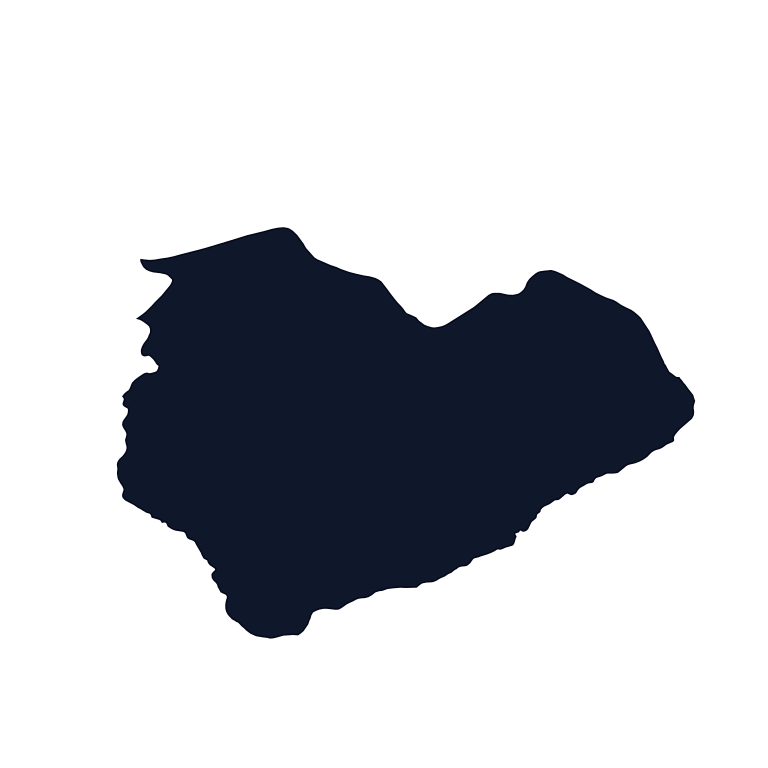 Buenavista, Quindío, Colombia (Equal Earth projection), rotated 69°
{"feature_id": "7082276B42477107224042", "entity_name": "Buenavista", "entity_type": "district", "adm_level": 2, "iso_a3": "COL", "parent_name": "Colombia", "parent_adm1": "Quindío", "projection": "equal_earth", "projection_center": [-75.74, 4.37], "detail": "fine", "context": "isolated", "style": "filled", "palette": "ink", "viewbox_px": 768, "rotation_deg": 69, "n_neighbors": 0, "source": "geoboundaries", "source_scale": "gbopen_adm2", "svg_char_len": 6170}
<svg xmlns="http://www.w3.org/2000/svg" viewBox="0 0 768 768"><g transform="rotate(69 384 384)"><path d="M511.1,100.3L509.1,100.3L505.1,100.0L496.3,102.7L495.9,102.7L493.0,103.5L490.1,104.6L487.9,105.1L484.4,106.4L484.0,106.3L482.7,109.0L482.2,109.4L476.9,112.7L475.3,113.9L470.7,114.6L467.3,114.9L467.3,115.5L463.1,115.4L458.1,115.9L448.1,116.4L442.5,117.0L434.2,117.5L429.8,117.9L414.5,121.2L411.0,122.8L406.2,125.5L403.7,127.3L399.5,131.3L395.8,134.6L390.8,138.1L388.4,140.1L383.4,146.1L378.6,150.8L374.5,154.5L370.2,157.6L360.5,165.8L350.2,175.3L346.4,178.1L342.2,182.3L340.1,184.6L338.1,187.5L336.2,194.5L335.3,198.6L335.4,200.7L335.9,203.2L337.4,207.5L338.7,210.5L340.9,213.7L344.6,217.0L346.7,220.0L347.9,223.1L348.5,225.6L348.4,227.9L347.6,232.2L345.6,236.7L341.2,243.4L339.3,248.1L338.6,250.8L339.0,254.4L343.9,268.9L345.1,272.7L351.0,302.6L351.5,306.0L351.5,309.3L350.7,314.2L349.9,317.2L348.8,319.4L346.0,323.1L343.5,325.7L337.8,329.3L333.7,330.7L329.7,334.6L326.6,337.9L324.9,338.7L321.2,339.6L317.9,340.7L313.2,342.7L308.7,344.2L300.7,346.6L296.1,347.8L287.8,350.3L285.0,352.2L282.5,354.5L279.0,359.2L275.9,364.6L271.7,370.9L267.5,376.8L261.8,383.5L258.5,386.7L254.3,391.8L244.0,402.3L241.1,404.3L230.1,408.5L227.3,409.1L224.6,409.4L214.1,412.3L208.9,414.7L206.0,416.7L204.6,418.1L202.4,421.7L200.8,427.1L199.8,432.8L198.9,442.0L196.8,458.0L195.6,476.2L193.7,501.7L193.0,508.7L190.9,526.3L190.1,534.8L189.1,541.1L187.5,548.0L186.5,553.3L184.9,558.6L182.4,563.6L180.9,566.3L182.5,566.8L185.3,566.6L188.3,566.2L191.6,564.6L194.1,562.2L196.5,559.0L199.8,552.7L202.7,548.3L204.0,546.9L205.8,545.8L210.2,543.8L211.2,543.9L212.3,544.4L214.1,546.0L215.8,548.1L222.3,559.6L226.2,568.4L228.6,573.1L231.6,580.0L233.0,584.2L234.6,590.5L236.1,588.4L238.9,586.1L243.2,583.3L245.9,582.0L248.7,582.0L250.5,582.5L252.7,583.6L254.7,585.7L256.3,587.1L257.7,588.8L260.5,593.3L262.7,595.9L264.1,597.1L265.4,598.1L267.2,598.8L268.7,599.1L269.9,599.1L270.7,598.6L271.6,597.7L272.1,596.1L272.3,594.3L272.6,593.2L273.6,592.2L275.8,591.0L278.2,589.9L281.6,589.0L283.1,588.8L284.3,588.4L286.3,587.1L288.9,588.8L290.6,590.5L291.2,591.6L291.4,592.8L291.3,595.0L290.7,599.2L290.3,599.9L289.4,601.0L289.0,602.0L288.8,603.4L288.9,604.8L289.3,606.8L290.7,612.5L291.6,615.2L293.0,618.2L294.3,619.6L296.5,621.5L298.2,623.3L299.0,624.5L299.6,627.2L300.7,630.0L302.1,632.1L303.1,631.7L304.2,631.6L305.4,631.7L308.5,634.1L309.4,634.6L310.3,634.6L311.9,633.8L314.4,631.6L315.9,631.4L317.4,631.9L318.7,632.5L320.9,634.0L322.2,635.6L324.8,639.6L326.1,641.1L327.5,641.9L328.5,642.4L329.6,642.5L331.3,642.4L334.2,641.8L337.0,641.5L338.2,641.6L339.4,642.0L340.7,642.8L343.7,645.1L346.1,645.6L350.4,646.1L352.1,646.8L353.8,647.8L355.6,649.6L357.0,651.6L358.2,653.7L359.9,657.8L361.3,659.7L362.5,660.9L363.8,661.6L367.9,662.6L371.8,664.6L376.1,665.6L377.9,665.7L381.8,665.1L385.7,664.2L388.2,664.1L389.7,664.3L393.5,667.3L395.1,668.0L396.4,668.0L398.2,667.4L400.0,666.4L406.9,660.3L410.9,657.6L413.3,655.4L415.5,653.9L416.7,652.8L417.7,652.2L418.8,651.1L420.4,648.9L421.6,648.2L423.3,647.9L425.1,648.1L429.6,642.2L430.6,641.3L431.8,640.7L433.5,640.5L433.7,638.8L434.3,637.6L435.1,636.8L436.1,636.4L439.4,636.3L442.5,634.0L444.6,632.0L445.8,630.4L449.1,624.6L449.7,623.7L451.2,622.6L452.4,622.3L456.1,622.3L457.4,622.0L458.7,621.0L460.7,618.6L462.1,617.3L463.6,616.6L466.6,616.3L475.7,614.8L478.0,614.8L481.6,614.4L482.7,613.7L484.6,611.9L485.2,611.6L487.6,611.7L488.8,611.5L490.6,610.8L495.1,607.6L496.4,607.3L497.2,607.5L497.9,608.3L498.7,610.3L499.4,611.6L500.2,612.6L501.3,613.0L503.4,613.5L505.4,613.2L507.3,612.5L508.9,611.6L510.6,611.2L512.2,611.0L513.5,611.3L519.6,610.5L523.9,606.4L526.7,606.1L530.5,608.9L533.4,610.6L537.0,611.9L539.9,612.2L542.9,611.9L545.6,611.0L546.7,610.4L548.5,609.8L550.2,608.5L551.2,607.5L552.6,606.7L553.9,605.2L556.1,604.2L558.7,603.2L561.9,601.4L564.2,600.4L566.1,599.3L568.9,597.5L573.0,593.4L576.9,586.8L578.5,583.6L580.0,581.6L580.6,580.0L581.1,578.0L581.6,574.0L582.1,568.1L585.0,558.7L587.1,554.2L586.5,551.6L585.2,547.9L580.8,541.5L577.5,538.7L576.0,537.1L573.6,535.4L571.2,532.5L570.7,529.1L570.7,525.3L571.4,521.1L572.6,517.8L576.9,509.5L577.6,506.9L577.2,503.9L575.7,498.1L575.3,494.8L575.1,490.7L574.6,487.4L574.6,484.9L575.3,481.5L576.3,478.5L576.7,474.9L576.2,471.5L574.7,466.6L575.0,462.7L575.8,459.4L575.9,454.2L577.2,448.9L579.4,441.4L581.5,436.6L585.1,426.4L584.4,424.7L583.3,421.0L583.2,419.2L583.8,415.6L585.4,410.6L585.8,408.7L585.8,406.8L585.6,404.8L585.1,402.6L584.9,400.8L584.7,396.1L584.0,393.3L583.7,391.4L583.7,389.1L582.3,384.8L582.1,382.6L581.6,381.5L581.3,380.0L581.2,378.8L581.5,376.9L582.4,373.7L582.7,372.3L582.5,370.7L581.3,367.5L580.4,366.6L580.1,365.7L579.3,364.8L578.9,363.9L578.5,363.1L578.4,361.8L578.9,358.1L578.9,355.1L579.3,349.4L579.3,344.3L579.0,340.7L578.3,337.6L578.5,336.8L579.5,334.9L579.8,334.0L579.6,328.5L579.7,327.3L579.9,326.7L579.9,324.9L580.2,322.4L580.0,321.3L578.9,320.0L577.4,318.7L575.4,317.3L573.6,315.6L571.5,316.0L570.7,315.8L570.0,315.3L569.9,313.7L570.1,311.6L569.9,311.1L569.2,310.4L568.8,309.6L569.1,308.7L569.7,308.0L570.9,307.1L571.3,306.2L571.4,304.7L571.2,303.4L570.5,301.8L565.7,296.7L564.8,295.3L564.3,293.5L563.3,290.6L562.6,289.8L560.8,288.8L560.1,288.0L559.6,287.2L559.3,285.4L558.9,284.5L558.4,283.9L557.7,283.7L557.1,283.2L555.9,281.0L555.3,279.2L555.1,277.9L554.8,272.6L554.5,271.3L553.2,266.7L553.2,265.3L553.6,264.5L554.0,262.4L553.8,261.2L551.4,254.6L551.2,252.8L551.2,252.0L551.5,251.5L553.9,249.1L554.4,248.1L554.4,245.3L554.1,244.1L552.0,241.4L550.9,239.2L550.5,237.9L549.9,233.5L549.5,231.7L549.3,229.7L549.4,228.3L550.2,225.0L550.1,224.2L549.8,223.6L549.0,222.9L547.7,221.2L547.1,219.5L547.1,218.5L547.4,214.1L546.8,208.4L547.1,207.0L549.3,201.2L550.0,198.1L550.0,197.2L546.7,187.4L546.5,185.9L546.4,184.3L547.3,177.8L547.3,173.6L547.0,170.3L546.4,167.4L545.6,164.4L544.1,161.3L542.9,158.4L542.4,155.3L542.4,153.6L542.7,150.4L542.7,148.8L542.4,146.5L541.1,141.8L540.9,135.5L540.5,134.3L540.1,133.9L537.3,133.2L535.2,130.9L532.9,126.9L531.4,123.8L526.1,109.2L523.8,106.6L520.7,105.0L517.7,104.4L514.9,103.2L511.1,100.3Z" fill="#0f172a" stroke="#020617" stroke-width="1.5"/></g></svg>